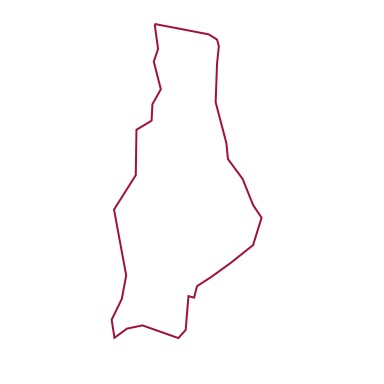 outline of Peterborough, rotated 281°
{"feature_id": "GBR-2760", "entity_name": "Peterborough", "entity_type": "Unitary Authority", "adm_level": 1, "iso_a3": "GBR", "parent_name": "United Kingdom", "parent_adm1": "", "projection": "natural_earth1", "projection_center": [-0.256, 52.584], "detail": "fine", "context": "isolated", "style": "outline", "palette": "rose", "viewbox_px": 384, "rotation_deg": 281, "n_neighbors": 0, "source": "natural_earth", "source_scale": "10m", "svg_char_len": 588}
<svg xmlns="http://www.w3.org/2000/svg" viewBox="0 0 384 384"><g transform="rotate(281 192 192)"><path d="M349.8,124.1L349.9,160.1L349.9,178.4L346.4,187.5L340.4,190.5L322.6,192.1L284.6,198.1L246.6,216.4L231.2,221.0L214.5,239.2L190.8,254.5L180.0,265.2L151.6,262.1L130.1,243.8L112.3,227.1L100.5,214.9L88.7,214.2L89.1,208.4L55.4,212.1L46.0,206.5L51.6,168.8L45.5,154.3L34.1,143.7L51.3,137.5L73.6,143.5L97.6,143.3L159.9,118.8L197.8,133.6L242.5,125.6L254.3,138.7L270.6,136.4L286.9,141.8L312.7,129.6L326.0,131.4L348.5,123.7L349.8,124.1Z" fill="none" stroke="#9f1239" stroke-width="2"/></g></svg>